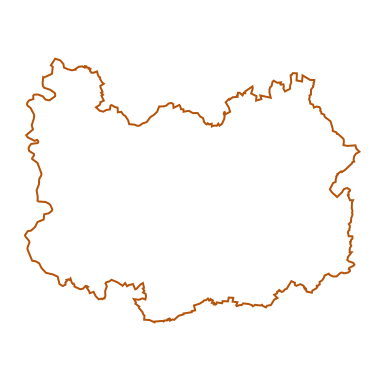 Callan-Thomastown Lea-6, Kilkenny, Ireland, rotated 181°
{"feature_id": "5873133B16918470579073", "entity_name": "Callan-Thomastown Lea-6", "entity_type": "district", "adm_level": 2, "iso_a3": "IRL", "parent_name": "Ireland", "parent_adm1": "Kilkenny", "projection": "albers", "projection_center": [-7.206, 52.516], "detail": "fine", "context": "isolated", "style": "outline", "palette": "amber", "viewbox_px": 384, "rotation_deg": 181, "n_neighbors": 0, "source": "geoboundaries", "source_scale": "gbopen_adm2", "svg_char_len": 5863}
<svg xmlns="http://www.w3.org/2000/svg" viewBox="0 0 384 384"><g transform="rotate(181 192 192)"><path d="M331.1,322.9L335.3,316.2L333.4,314.7L334.1,307.7L342.2,303.8L342.8,304.2L343.3,298.1L342.9,295.4L341.5,293.6L335.4,291.7L331.1,288.7L330.4,287.4L330.6,285.3L335.9,281.3L337.4,281.3L340.1,281.9L342.9,285.1L347.7,286.8L351.4,286.6L352.4,285.6L352.3,282.1L356.5,280.7L358.1,278.6L358.5,277.1L358.1,275.6L354.9,273.2L351.5,267.1L351.1,265.4L351.4,262.7L353.4,255.9L352.1,251.7L358.7,246.0L357.1,243.7L350.2,240.4L347.8,241.4L346.6,240.1L346.7,238.7L347.4,238.2L353.5,237.3L355.5,234.8L356.2,232.2L355.4,230.1L350.8,227.3L350.5,226.1L352.4,223.1L352.4,222.2L347.0,218.4L342.9,207.9L343.0,206.0L345.0,202.4L345.1,197.2L347.4,190.9L346.1,184.1L346.3,180.6L345.3,179.8L338.5,179.5L335.5,178.2L333.6,176.8L331.3,172.2L331.9,170.6L334.9,168.2L339.4,167.1L339.8,161.9L345.9,159.3L348.4,154.1L352.3,150.6L355.6,149.9L358.2,146.0L357.8,144.6L354.3,140.6L353.6,138.8L355.4,133.9L355.5,131.8L350.6,120.5L347.1,120.0L343.5,118.0L341.2,113.4L336.5,108.6L329.4,107.1L324.8,105.0L322.9,97.7L319.6,95.7L316.8,97.2L317.0,99.2L315.5,100.9L316.0,101.9L314.2,102.5L313.1,101.9L312.0,103.4L310.6,99.2L309.6,98.1L308.7,98.4L308.0,97.2L307.9,95.4L301.9,92.8L299.2,93.5L296.8,96.2L295.4,96.1L294.3,95.4L295.6,94.6L293.2,91.1L292.5,89.1L288.6,90.4L286.6,86.3L283.4,83.1L280.9,83.8L279.6,83.2L278.5,84.3L277.6,84.1L276.8,86.5L277.1,91.4L275.5,96.2L276.9,99.1L276.1,100.3L272.8,101.3L271.0,102.8L264.9,100.4L259.7,97.0L257.2,99.8L255.3,96.6L253.6,97.8L249.4,98.9L247.1,93.7L245.8,94.2L242.1,98.4L239.5,100.1L238.3,95.3L239.5,94.6L237.9,92.4L239.2,90.7L236.7,89.5L236.1,87.2L236.8,83.7L239.5,84.8L243.3,83.3L248.2,83.9L246.1,80.6L246.7,79.3L243.1,76.8L243.5,76.6L242.7,74.8L239.5,71.1L238.4,68.5L237.4,67.7L237.6,63.5L232.2,63.2L227.2,61.1L227.1,61.8L218.8,62.6L218.1,62.1L217.4,63.0L214.6,63.2L214.5,64.0L211.5,65.5L212.8,63.7L211.8,62.9L209.3,64.2L207.6,63.9L203.2,68.0L198.3,69.5L198.3,70.4L190.2,71.8L190.2,72.9L186.8,73.7L188.0,78.6L182.6,80.4L179.0,82.6L178.3,83.7L176.2,84.1L174.2,85.7L173.1,83.8L171.6,84.1L171.5,85.3L169.2,84.0L170.1,81.5L168.1,81.6L168.3,80.0L166.7,79.8L166.7,80.5L165.7,80.5L165.4,82.0L159.9,81.3L159.5,83.4L154.1,83.3L153.4,87.1L148.9,86.9L149.5,83.1L144.7,82.6L145.8,79.4L145.2,78.7L141.9,79.9L140.5,79.7L138.9,81.5L133.5,81.0L130.1,79.9L129.2,78.8L127.0,80.3L121.9,79.7L120.0,80.4L119.8,79.7L116.0,77.9L114.9,79.6L111.1,80.4L107.9,85.9L104.7,87.5L108.0,90.7L105.1,92.2L105.1,93.8L103.0,94.5L103.4,95.1L103.1,95.5L100.6,93.6L98.6,94.6L97.5,96.2L95.6,96.9L91.1,104.6L87.5,103.0L87.7,101.7L87.3,100.7L86.1,100.0L82.0,101.7L79.6,100.6L78.9,100.2L78.1,98.2L77.7,98.6L77.1,97.8L77.5,97.5L77.1,96.7L76.3,97.0L75.7,94.4L70.4,93.4L69.9,95.6L66.1,97.7L64.9,99.3L66.3,100.8L65.0,100.3L62.7,101.8L62.9,104.2L60.2,106.1L58.6,108.7L58.0,110.8L53.9,112.7L53.2,111.7L49.5,110.0L46.0,110.1L42.3,113.6L40.7,114.1L38.6,113.3L34.6,114.2L32.8,115.5L32.8,116.7L33.9,117.5L33.4,118.9L29.0,121.2L28.4,122.4L29.8,124.1L33.8,125.3L35.6,126.8L34.8,130.0L31.3,134.5L33.3,134.6L33.3,138.3L31.8,141.2L32.7,142.5L32.9,143.6L32.5,144.1L33.0,145.0L32.4,145.3L32.0,147.1L31.0,147.9L30.7,149.6L30.9,150.5L34.5,150.5L35.4,154.2L35.2,155.3L33.9,156.8L34.1,158.0L33.6,159.0L33.7,161.4L34.7,162.7L32.5,164.8L32.4,168.4L31.1,172.4L31.6,173.7L31.2,175.9L32.0,178.6L31.8,184.7L30.9,186.6L33.8,186.5L36.1,191.6L35.2,192.0L35.6,192.9L35.4,194.7L34.1,195.9L34.3,197.2L37.1,198.7L40.2,197.5L42.2,194.1L46.8,189.5L52.0,194.0L54.2,197.0L51.1,203.4L48.5,204.7L48.5,207.3L47.7,209.8L48.0,210.2L46.6,211.9L47.0,212.5L43.3,215.2L42.6,214.5L39.8,216.4L32.5,223.4L32.0,224.9L30.4,225.2L31.0,227.3L30.4,230.7L28.8,233.1L25.3,235.2L28.4,238.1L29.4,241.5L37.5,240.8L41.4,241.5L41.0,245.2L41.4,247.7L46.9,252.5L48.2,252.7L48.5,254.1L52.4,255.5L52.4,257.7L54.8,265.2L60.2,269.1L60.9,270.1L61.1,271.7L64.0,272.7L64.2,274.3L65.2,275.4L64.9,277.1L66.1,279.1L68.9,279.6L71.5,278.5L72.5,281.5L75.3,282.4L75.6,284.8L76.6,286.7L75.9,289.2L76.2,290.5L74.8,291.4L74.8,296.5L72.6,299.4L72.9,300.2L72.1,301.8L72.4,303.2L71.7,304.5L71.7,306.1L75.8,306.1L83.5,310.5L83.9,304.4L89.4,305.4L89.2,312.5L94.0,312.6L93.6,312.5L94.2,311.0L95.4,310.5L94.7,303.2L95.7,300.5L95.7,297.3L96.2,296.6L100.8,294.2L102.5,297.4L102.0,298.7L102.5,301.3L105.2,300.9L105.6,301.6L105.0,303.2L108.7,302.7L112.2,304.7L113.3,303.7L114.4,299.1L115.8,297.9L116.3,295.9L116.3,292.9L114.9,287.6L125.3,289.7L124.3,286.1L129.5,284.5L129.2,289.0L134.6,291.5L133.0,296.8L133.4,298.6L140.6,293.5L140.5,291.8L142.0,292.1L143.1,289.5L146.0,292.0L147.8,292.0L148.0,289.3L148.7,289.2L148.2,287.9L153.0,287.4L156.1,285.0L156.6,285.7L159.9,282.3L156.6,277.0L155.3,272.9L160.0,270.3L160.7,272.5L161.2,272.3L161.6,270.4L160.7,269.1L161.0,265.7L163.2,260.7L165.7,258.8L166.9,260.8L168.4,258.6L170.7,258.9L173.3,257.9L173.5,260.6L176.1,259.8L177.4,261.0L178.4,259.9L179.1,260.1L181.0,261.9L182.2,266.0L185.2,267.7L187.7,271.0L192.5,270.9L196.5,273.1L201.9,272.1L202.0,274.5L204.5,274.6L205.2,277.6L206.2,278.8L211.9,275.8L212.3,279.6L213.9,280.6L216.9,280.1L219.2,278.0L221.2,277.2L226.4,276.9L228.2,271.7L231.6,268.3L234.9,266.2L238.5,261.1L242.8,259.6L245.5,257.5L247.6,257.2L250.9,258.4L256.0,258.7L257.0,262.4L260.0,266.9L261.9,267.9L264.1,270.9L267.5,270.4L267.9,275.1L270.6,275.6L273.9,277.5L275.0,277.0L275.5,273.1L279.1,272.5L282.1,270.8L285.8,271.7L289.5,275.0L285.8,277.5L285.0,279.6L285.2,280.2L281.8,281.8L284.2,286.7L282.6,287.7L284.6,289.6L283.2,290.5L285.3,295.1L285.5,296.5L282.1,298.7L283.6,299.8L285.8,303.2L285.8,304.9L287.1,305.6L288.0,307.2L289.1,310.9L292.6,309.5L294.6,309.5L296.1,311.3L295.7,313.4L297.4,313.4L297.3,314.4L299.7,314.7L299.8,315.8L301.3,316.0L301.6,314.6L304.0,315.7L307.5,315.2L310.7,313.0L310.5,312.3L314.2,311.6L318.3,312.6L322.2,314.2L322.8,317.7L326.0,321.3L331.1,322.9Z" fill="none" stroke="#b45309" stroke-width="2"/></g></svg>